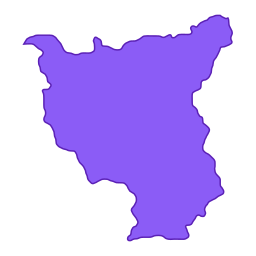 the district of Constanza, La Vega, Dominican Republic
{"feature_id": "3306468B51834332245466", "entity_name": "Constanza", "entity_type": "district", "adm_level": 2, "iso_a3": "DOM", "parent_name": "Dominican Republic", "parent_adm1": "La Vega", "projection": "orthographic", "projection_center": [-70.661, 18.86], "detail": "fine", "context": "isolated", "style": "filled", "palette": "violet", "viewbox_px": 256, "rotation_deg": 0, "n_neighbors": 0, "source": "geoboundaries", "source_scale": "gbopen_adm2", "svg_char_len": 5726}
<svg xmlns="http://www.w3.org/2000/svg" viewBox="0 0 256 256"><path d="M134.6,238.9L136.3,238.8L137.6,238.6L140.0,237.6L141.4,237.3L143.3,237.2L148.7,237.2L150.6,237.1L151.9,236.8L154.0,235.9L154.9,235.7L156.3,235.5L158.7,235.4L161.1,235.6L162.4,236.0L163.5,236.6L165.5,238.2L166.3,238.6L168.1,239.1L170.7,239.3L174.2,239.1L182.2,239.2L184.0,239.2L184.8,239.0L185.6,238.8L187.5,237.7L188.3,237.0L188.5,236.7L188.7,236.0L188.8,235.2L188.6,234.4L188.4,233.7L187.5,232.0L186.7,229.3L185.8,227.4L185.6,226.7L185.7,226.3L186.0,225.7L186.6,225.3L187.2,225.2L189.1,225.1L189.9,224.9L190.6,224.6L191.3,224.2L192.0,223.3L192.9,221.6L195.2,218.4L196.2,216.3L196.7,215.8L197.3,215.4L198.1,215.1L198.9,215.1L199.6,215.3L201.1,216.2L202.3,216.4L203.4,216.4L204.1,216.1L204.8,215.2L205.3,214.0L205.5,213.4L205.4,212.4L204.9,211.1L204.7,210.4L204.6,209.1L204.9,207.9L205.2,207.2L206.2,205.4L206.6,205.0L207.1,204.7L208.2,202.7L209.0,201.8L209.6,201.4L213.4,199.4L214.8,198.8L215.6,198.3L218.3,196.2L220.5,195.2L222.7,194.0L223.2,193.5L223.4,193.2L223.7,192.0L223.6,190.9L223.3,190.1L221.8,187.6L220.7,186.4L220.4,185.7L220.2,184.1L220.2,180.0L220.1,179.2L219.8,178.3L219.1,177.2L216.3,174.2L215.6,173.1L215.1,171.9L214.6,168.7L215.0,166.3L215.0,163.2L214.9,161.6L214.6,160.7L214.0,159.6L213.1,158.6L209.6,155.2L208.2,154.1L206.0,153.0L204.3,151.7L203.2,150.3L202.9,149.5L202.7,147.8L202.7,146.6L203.0,144.9L204.0,142.9L204.7,140.1L205.0,139.3L205.9,137.7L206.5,136.2L207.7,134.2L209.2,131.1L209.4,130.0L209.3,129.2L208.7,128.0L207.5,126.7L205.8,125.2L203.8,123.7L203.3,123.3L203.1,122.9L202.9,122.2L202.6,118.8L202.3,117.7L201.8,117.1L200.0,116.4L199.5,115.9L198.0,113.5L197.7,112.7L197.2,110.3L196.6,109.2L195.2,107.6L193.1,106.0L192.6,105.4L192.3,104.2L192.2,102.9L192.1,95.9L192.2,94.6L192.4,93.4L192.8,92.7L193.0,92.4L195.5,90.9L198.0,89.9L199.9,88.8L200.4,88.3L200.7,87.6L200.9,86.8L201.1,82.8L201.3,82.0L202.0,81.0L202.6,80.6L203.3,80.2L205.6,79.8L206.7,79.2L208.1,78.1L209.2,76.8L210.9,73.3L211.2,72.5L211.6,68.8L211.8,68.0L212.8,65.5L213.3,62.2L213.6,61.0L214.2,59.9L216.1,57.5L217.9,54.1L219.7,50.2L220.2,48.4L220.5,47.7L221.0,47.2L221.7,47.0L224.4,46.7L225.5,46.3L229.1,44.8L231.2,43.5L231.7,43.0L231.9,42.3L231.9,41.6L230.9,39.4L230.8,37.8L231.0,36.6L232.0,34.2L232.2,33.3L232.1,32.1L231.8,30.9L229.4,26.1L229.1,25.3L228.9,24.0L228.6,19.9L228.4,19.1L227.9,18.0L226.6,18.5L225.8,18.5L225.1,18.3L222.0,16.8L220.1,15.4L217.1,15.4L215.4,15.6L212.9,16.6L210.6,17.2L209.8,17.5L208.7,18.4L207.6,19.7L207.1,20.1L204.6,20.9L200.7,22.8L199.1,24.2L197.2,26.6L197.0,26.8L196.3,27.0L195.7,26.9L194.2,26.2L193.5,26.0L192.8,26.0L192.0,26.2L191.4,26.7L190.8,27.6L190.7,28.4L191.0,29.5L191.8,31.0L191.9,31.7L191.8,32.5L191.5,33.2L190.9,33.8L189.9,34.3L188.1,34.5L181.7,34.4L179.2,34.6L178.4,34.8L177.7,35.2L175.0,37.3L174.3,37.6L173.5,37.7L172.4,37.6L171.8,37.2L171.5,36.7L171.0,35.3L170.5,34.9L169.8,34.8L168.9,35.0L164.6,37.2L163.4,37.4L162.3,37.2L160.2,36.3L158.4,36.0L147.1,35.9L144.4,36.1L143.5,36.3L142.8,36.7L139.7,39.0L136.2,40.7L134.9,41.0L131.3,41.1L130.0,41.3L129.2,41.6L126.0,43.1L124.7,44.1L123.5,45.4L122.8,46.4L122.1,47.8L121.4,48.7L120.5,49.4L119.2,49.8L117.0,49.9L114.7,49.6L113.5,49.2L111.8,48.3L108.3,46.6L107.0,46.3L103.5,46.1L102.4,45.8L102.1,45.5L101.7,44.8L101.2,41.5L100.7,40.4L100.2,39.8L99.6,39.3L98.2,38.6L96.6,37.5L95.9,37.3L95.2,37.3L94.7,37.7L94.2,38.6L93.5,40.5L93.5,41.1L94.1,42.8L94.4,44.0L94.6,47.2L94.6,48.5L94.5,49.8L94.2,50.5L93.8,51.2L91.6,52.5L90.5,52.9L88.7,53.1L83.9,53.0L82.0,53.1L80.7,53.4L78.7,54.4L77.4,54.6L75.5,54.7L74.2,54.5L71.2,53.3L67.2,52.7L66.4,52.3L65.7,51.9L64.4,50.7L63.6,49.6L61.0,44.2L60.6,43.5L57.3,39.7L55.9,37.8L55.1,37.1L53.2,35.9L52.6,35.6L51.7,35.4L49.4,35.2L38.5,35.2L36.7,35.3L35.4,35.5L33.3,36.5L30.1,37.2L27.2,38.8L26.5,39.6L24.9,42.2L23.8,44.1L26.5,43.9L30.2,43.8L32.0,43.9L33.3,44.3L34.1,44.7L34.8,45.3L38.2,48.3L38.9,48.8L40.4,49.5L41.4,50.2L42.6,51.3L43.2,52.4L43.2,52.8L43.1,53.4L42.2,55.2L41.7,55.8L40.3,56.7L39.8,57.2L39.3,57.8L38.9,58.5L38.7,59.8L38.6,61.2L38.7,63.0L38.9,64.4L40.1,67.3L40.5,69.9L40.8,71.1L41.0,71.5L41.5,71.9L44.9,74.0L45.4,74.5L46.5,76.4L47.0,77.4L47.2,78.3L47.5,80.5L47.8,81.7L48.3,82.2L49.4,83.0L50.3,83.8L50.8,84.4L51.0,85.2L50.9,86.0L50.5,86.6L49.2,88.5L48.7,89.0L47.5,89.4L44.2,89.5L43.5,89.6L42.9,90.0L42.5,90.6L42.5,91.0L42.7,91.6L43.5,93.6L43.8,95.4L43.9,98.2L43.9,104.9L44.0,107.3L44.3,108.6L45.3,110.7L45.6,112.4L45.6,113.8L45.3,115.2L44.2,117.6L44.0,118.4L43.9,119.6L44.2,120.8L44.9,121.8L45.5,122.3L47.9,123.5L50.4,125.0L50.8,125.6L52.2,127.8L54.0,131.7L54.2,133.1L54.6,136.2L55.8,139.1L56.3,143.3L56.6,144.1L57.4,145.1L58.3,146.1L59.3,146.9L63.2,148.8L66.4,149.6L68.1,150.4L68.9,150.6L70.2,150.8L73.3,151.0L74.1,151.1L74.8,151.5L75.3,152.0L76.6,154.3L76.8,155.0L77.4,157.8L79.1,161.4L79.8,162.6L82.4,165.2L83.2,166.2L83.7,166.9L85.4,170.4L86.0,173.2L87.1,175.7L87.6,178.1L88.0,179.3L88.7,180.4L89.6,181.3L90.7,182.5L91.7,183.3L92.7,183.6L93.4,183.5L96.1,182.4L98.1,181.2L101.6,179.5L102.8,179.2L104.5,179.1L106.7,179.2L107.9,179.4L110.4,180.6L113.1,181.3L115.2,182.2L116.4,182.6L118.2,182.7L122.3,182.8L123.6,183.0L124.4,183.3L125.1,183.8L126.7,185.4L127.4,186.5L128.3,188.6L129.9,191.1L133.9,193.6L134.4,194.1L135.8,196.3L136.2,197.4L136.4,199.1L136.4,200.4L136.1,202.0L134.3,205.5L132.2,208.1L131.7,208.8L131.5,209.6L131.4,210.4L131.8,211.5L133.2,214.2L136.1,218.0L137.7,221.1L137.9,221.9L137.9,222.7L137.5,223.8L136.2,225.9L135.6,226.3L133.7,227.0L132.9,227.7L131.8,229.6L131.5,230.3L131.3,231.1L131.0,233.5L130.7,234.5L130.3,235.1L128.9,236.1L128.1,236.9L127.8,237.6L127.6,238.7L127.7,239.5L128.1,240.1L128.8,240.5L129.5,240.6L130.3,240.6L131.1,240.4L133.1,239.3L134.6,238.9Z" fill="#8b5cf6" stroke="#5b21b6" stroke-width="1.5"/></svg>